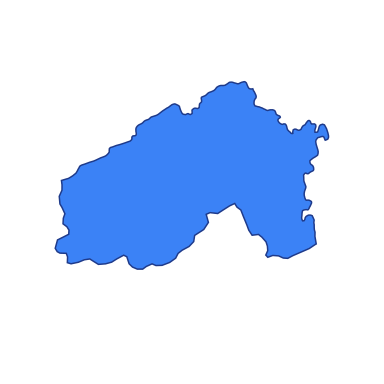 the district of Rasony, Vitebsk, Belarus, rotated 162°
{"feature_id": "67162791B65560195088656", "entity_name": "Rasony", "entity_type": "district", "adm_level": 2, "iso_a3": "BLR", "parent_name": "Belarus", "parent_adm1": "Vitebsk", "projection": "orthographic", "projection_center": [28.698, 55.907], "detail": "fine", "context": "isolated", "style": "filled", "palette": "blue", "viewbox_px": 384, "rotation_deg": 162, "n_neighbors": 0, "source": "geoboundaries", "source_scale": "gbopen_adm2", "svg_char_len": 5181}
<svg xmlns="http://www.w3.org/2000/svg" viewBox="0 0 384 384"><g transform="rotate(162 192 192)"><path d="M312.6,243.3L313.4,239.0L315.1,233.9L319.6,228.9L321.3,221.4L320.4,217.4L319.6,210.6L322.5,206.8L324.5,201.6L321.7,197.6L320.8,193.7L322.3,189.9L327.9,189.0L334.7,188.0L339.5,180.7L338.6,176.9L336.5,174.7L330.5,172.5L330.4,168.7L332.4,163.3L329.2,161.1L321.8,160.3L315.3,160.8L309.9,159.9L306.6,155.9L303.4,152.1L296.4,150.4L290.1,150.1L284.2,151.6L276.5,153.0L274.0,150.6L274.0,143.2L271.8,139.0L267.9,135.6L262.7,133.9L258.5,135.3L252.2,136.0L249.0,133.2L243.1,131.5L235.0,131.9L228.0,134.1L224.2,137.9L219.3,139.7L211.6,141.1L205.7,144.3L202.9,149.9L192.4,152.7L185.8,158.0L185.4,166.4L181.2,166.8L174.2,163.6L167.5,165.4L160.5,167.2L154.9,167.9L153.9,163.7L151.1,159.8L150.7,152.8L150.0,143.5L149.8,138.1L148.2,132.3L141.9,131.1L139.5,127.5L137.0,121.7L137.0,117.3L138.1,112.8L141.3,109.2L140.1,106.5L134.8,106.7L129.4,104.5L125.6,101.0L121.4,99.3L115.8,100.3L108.4,101.0L98.0,102.0L90.6,104.1L89.9,104.2L88.8,111.8L88.3,113.2L87.4,115.8L87.3,118.2L86.8,120.3L85.9,123.2L85.6,125.2L84.5,127.6L84.7,129.9L85.0,132.3L86.2,133.3L88.1,134.0L89.5,133.9L91.0,133.5L91.9,132.9L92.5,132.3L93.0,131.2L94.2,130.1L94.6,130.1L95.7,130.4L95.9,131.5L95.9,132.6L95.5,134.1L94.9,135.3L94.3,136.8L93.7,138.3L92.6,140.1L90.9,140.3L88.9,140.0L87.6,139.3L86.9,139.3L85.9,140.1L84.9,141.2L83.8,142.2L82.9,143.2L81.6,144.7L81.4,146.1L82.9,147.8L84.2,148.5L85.5,148.7L86.3,149.5L86.5,151.4L86.3,154.1L85.8,155.9L84.8,157.8L83.9,159.0L82.5,160.8L82.0,162.1L82.1,164.4L82.2,167.4L82.0,168.8L81.4,170.7L80.6,173.7L79.0,174.8L78.2,174.9L77.5,174.5L77.0,173.9L75.9,173.5L74.8,173.8L74.0,174.2L72.7,174.5L71.7,174.6L70.4,174.8L69.8,175.1L69.2,176.0L68.8,178.0L69.0,179.5L69.6,180.6L70.4,181.5L70.7,182.9L70.6,184.2L70.1,185.4L68.4,186.1L66.1,186.9L64.1,187.3L62.7,187.7L61.2,188.2L60.2,189.7L59.5,191.5L59.3,193.4L59.3,194.9L59.2,199.0L58.8,201.7L57.9,203.2L55.6,204.8L53.5,204.7L52.0,204.7L50.3,204.4L49.5,203.2L49.5,201.5L49.3,200.1L47.8,200.1L46.4,200.4L45.2,201.9L44.8,203.3L44.5,206.2L44.5,208.8L44.5,210.5L44.9,213.0L45.3,214.9L46.8,216.1L47.9,216.1L49.2,216.1L50.2,215.5L50.9,214.7L51.8,213.4L52.9,211.7L54.0,210.3L55.4,210.4L56.6,210.9L56.1,212.8L54.9,214.5L54.0,215.8L53.6,217.5L54.3,218.8L55.4,219.2L56.4,219.5L57.3,219.8L57.7,221.0L57.6,221.9L57.8,223.0L58.6,223.9L59.7,223.9L60.7,223.3L61.8,222.6L62.6,221.9L63.7,221.0L65.1,220.8L66.4,220.4L67.7,219.3L69.0,217.9L70.6,217.6L71.5,217.7L72.6,218.5L73.8,219.7L75.2,220.1L76.6,219.8L77.1,218.9L77.7,217.8L78.0,216.6L78.7,216.6L79.7,217.3L80.1,218.5L80.9,219.6L81.5,220.9L81.9,221.7L81.9,222.8L81.8,224.2L81.7,225.5L81.8,226.6L82.3,227.8L83.5,228.4L84.6,228.4L85.2,228.4L86.0,228.9L86.9,229.9L87.4,230.5L87.8,231.4L88.1,232.6L88.2,233.5L88.0,234.0L87.4,234.7L86.5,235.1L85.7,235.3L84.9,235.8L84.9,236.7L85.5,237.5L86.5,238.2L87.7,239.6L87.9,240.4L87.9,241.5L87.9,242.5L88.1,243.6L88.7,244.4L89.8,245.2L91.9,245.9L93.1,246.1L94.7,246.1L95.8,246.7L96.9,247.9L98.2,249.0L99.2,250.1L100.4,251.0L101.8,252.2L103.2,252.9L104.4,253.8L105.4,254.3L105.8,256.0L105.6,257.3L105.0,258.8L104.5,259.7L103.4,260.9L102.1,261.7L101.5,262.8L101.3,264.1L101.6,266.6L101.8,268.1L102.2,269.4L102.3,271.4L103.0,271.4L104.7,272.0L105.8,272.9L106.2,274.3L106.4,275.9L106.5,277.5L106.6,279.0L107.4,280.3L108.2,280.8L110.8,281.0L112.1,280.9L113.7,280.6L114.9,280.7L115.9,281.3L117.2,282.2L118.2,282.8L118.9,283.4L120.2,284.2L122.0,284.7L122.8,284.7L123.9,284.3L125.2,283.9L126.5,283.6L127.5,283.3L129.3,283.6L130.5,284.0L131.6,284.4L133.1,284.5L134.2,284.4L136.2,283.9L137.7,282.8L138.5,282.3L139.6,281.8L141.6,281.5L143.5,281.4L144.7,281.4L145.9,281.2L147.0,280.7L148.2,280.1L149.2,279.7L150.2,279.5L151.6,279.4L153.3,279.3L153.8,279.1L154.3,278.2L154.5,276.6L154.8,275.4L155.2,274.7L155.9,274.3L156.9,273.9L157.7,273.3L158.1,272.4L158.6,271.3L159.0,270.2L160.1,269.7L161.1,269.7L162.1,270.3L162.9,270.7L163.8,270.9L164.8,270.8L166.7,269.9L167.2,267.9L167.6,266.7L168.3,266.4L169.8,266.2L170.5,266.8L171.4,267.7L172.2,267.9L173.3,267.7L174.2,267.6L176.2,268.6L177.0,269.6L177.3,270.8L177.5,272.4L177.6,274.1L177.6,276.1L177.5,277.4L178.1,278.3L178.5,278.8L179.9,280.1L180.8,280.9L181.5,281.2L182.9,281.3L184.2,281.2L185.4,280.8L187.2,280.2L188.2,279.8L189.8,279.6L192.6,278.8L194.5,278.3L196.8,277.5L198.7,276.8L200.0,276.3L202.1,275.9L203.5,275.9L206.0,275.9L207.6,275.9L208.7,275.5L209.6,275.0L210.9,274.5L213.0,274.5L214.5,274.4L216.0,273.9L217.0,273.3L218.1,272.8L219.8,272.5L221.6,272.3L222.6,272.0L223.7,271.5L225.0,270.6L225.9,269.3L226.6,266.9L226.8,265.4L227.1,264.2L227.7,263.4L228.7,263.1L229.6,263.3L230.8,263.6L231.9,263.1L232.5,262.1L232.7,261.1L233.3,260.4L234.3,259.9L235.3,259.5L237.5,259.5L241.2,259.4L245.8,259.4L249.7,259.6L253.7,259.4L255.8,259.5L257.1,258.9L257.7,257.6L258.4,255.5L259.6,254.6L261.2,253.7L263.0,253.0L265.2,252.8L268.2,252.7L273.7,252.0L276.0,251.8L280.2,251.9L285.1,251.7L288.5,251.7L289.8,251.5L290.9,251.1L291.7,250.2L292.5,249.5L293.5,248.6L294.1,247.9L295.2,246.9L296.8,245.6L298.1,245.2L299.3,244.7L300.3,244.3L303.5,243.5L305.4,243.1L307.8,243.2L312.6,243.3Z" fill="#3b82f6" stroke="#1e3a8a" stroke-width="1.5"/></g></svg>